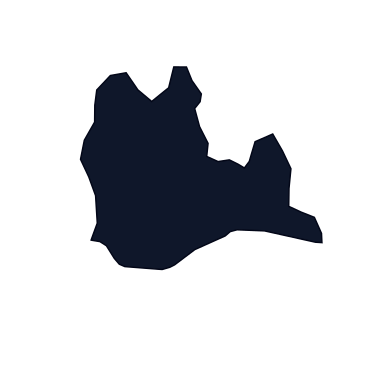 an SVG outline of Cəbrayıl, rotated 34°
{"feature_id": "AZE-1699", "entity_name": "Cəbrayıl", "entity_type": "District", "adm_level": 1, "iso_a3": "AZE", "parent_name": "Azerbaijan", "parent_adm1": "", "projection": "orthographic", "projection_center": [46.951, 39.318], "detail": "fine", "context": "isolated", "style": "filled", "palette": "ink", "viewbox_px": 384, "rotation_deg": 34, "n_neighbors": 0, "source": "natural_earth", "source_scale": "10m", "svg_char_len": 934}
<svg xmlns="http://www.w3.org/2000/svg" viewBox="0 0 384 384"><g transform="rotate(34 192 192)"><path d="M207.3,274.8L178.0,291.4L172.1,292.5L164.8,290.5L151.1,284.4L143.4,284.6L135.3,288.3L135.2,288.1L130.9,270.8L114.1,248.9L98.0,237.2L81.3,227.2L73.8,209.3L72.2,188.5L62.9,174.4L56.0,160.7L59.2,141.1L70.7,130.0L85.2,135.7L87.0,136.4L89.9,137.6L108.0,139.5L111.3,128.6L113.7,120.8L114.4,118.7L110.5,108.1L107.0,98.5L117.5,91.5L118.4,92.1L129.7,99.7L137.3,102.6L144.9,105.5L148.2,112.6L147.5,121.3L161.7,133.6L178.1,142.7L184.3,154.3L196.6,152.2L205.0,144.5L214.6,143.2L222.0,142.8L222.4,134.6L220.4,128.4L216.2,115.0L219.0,110.6L226.5,98.8L244.1,107.4L261.0,117.4L270.4,134.8L280.2,149.8L293.5,147.7L307.6,144.6L322.5,153.9L327.9,161.2L328.0,161.3L322.4,164.6L273.8,183.7L250.5,198.1L245.8,203.5L244.1,209.8L226.5,238.2L218.3,262.1L215.7,266.8L210.6,272.9L207.3,274.8Z" fill="#0f172a" stroke="#020617" stroke-width="1.5"/></g></svg>